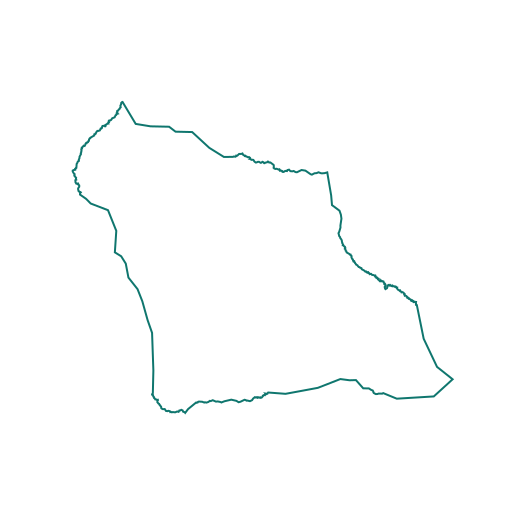 Batshireet, Hentiy, Mongolia, rotated 162°
{"feature_id": "93677404B78504825673469", "entity_name": "Batshireet", "entity_type": "district", "adm_level": 2, "iso_a3": "MNG", "parent_name": "Mongolia", "parent_adm1": "Hentiy", "projection": "albers", "projection_center": [109.766, 48.797], "detail": "fine", "context": "isolated", "style": "outline", "palette": "teal", "viewbox_px": 512, "rotation_deg": 162, "n_neighbors": 0, "source": "geoboundaries", "source_scale": "gbopen_adm2", "svg_char_len": 6150}
<svg xmlns="http://www.w3.org/2000/svg" viewBox="0 0 512 512"><g transform="rotate(162 256 256)"><path d="M371.8,128.7L367.9,131.4L358.4,135.1L358.3,134.8L356.7,134.7L356.2,135.2L355.3,135.2L352.2,134.0L350.5,132.6L349.8,132.7L348.5,131.9L346.4,131.9L344.7,132.5L343.9,132.0L341.7,132.2L339.1,129.9L337.3,129.5L334.7,128.0L334.2,127.4L330.9,127.6L323.9,127.0L319.4,124.3L317.7,122.3L315.8,122.2L311.3,122.8L310.2,122.1L309.8,121.4L308.9,121.2L306.6,119.8L304.3,120.1L302.8,121.3L300.7,122.1L299.9,121.4L299.5,121.6L298.6,121.4L298.6,120.9L298.3,120.6L297.4,120.9L296.9,120.4L295.8,120.3L295.8,119.8L295.6,119.7L294.4,119.6L292.8,120.5L292.7,121.0L291.7,121.3L290.6,120.9L290.2,121.6L289.8,121.3L288.4,121.5L288.6,121.8L288.0,121.5L286.6,122.4L270.5,115.8L254.7,113.7L237.9,111.5L213.8,112.9L205.4,108.9L199.3,107.1L194.9,97.0L189.6,95.2L187.7,92.9L186.6,92.1L186.3,90.9L186.5,90.0L186.3,89.3L184.8,87.7L183.1,87.2L182.1,87.3L178.5,86.1L177.4,86.3L166.2,76.8L130.3,67.5L107.1,78.0L118.1,94.6L122.1,125.5L118.2,159.6L118.8,160.0L118.6,160.3L118.8,160.7L118.4,161.6L118.4,162.3L118.1,162.8L119.9,163.3L119.7,163.7L120.2,163.8L120.3,164.3L120.7,164.3L120.7,164.7L121.2,164.7L122.0,165.2L121.6,166.0L122.4,166.2L122.5,167.1L123.6,167.7L123.8,167.9L123.6,168.2L123.6,168.6L124.8,169.3L124.5,169.7L125.1,170.3L124.9,170.5L125.4,171.5L126.3,172.3L126.8,172.3L126.8,173.1L126.4,173.7L126.9,174.0L126.7,174.6L127.1,175.6L127.7,176.2L128.7,176.4L128.6,177.0L129.5,177.6L129.6,178.7L130.2,178.6L130.5,179.3L131.4,180.1L131.9,181.5L131.7,181.9L132.0,181.9L132.2,182.5L132.1,183.0L132.5,183.1L132.5,183.7L133.2,184.2L133.6,183.9L135.2,185.4L135.8,185.1L136.1,185.4L135.9,185.8L136.6,185.8L137.1,186.6L137.4,186.5L137.5,186.8L138.0,186.5L138.8,187.1L138.8,187.5L139.2,187.5L140.5,186.9L140.4,186.2L141.4,184.9L143.1,184.5L143.3,185.1L143.0,185.5L143.3,186.1L143.1,186.9L142.6,187.1L142.2,188.0L141.5,188.2L141.8,188.2L141.7,188.8L141.9,189.7L142.6,189.8L142.4,190.7L142.8,191.4L142.6,192.3L143.4,193.0L144.0,193.0L144.5,193.8L144.6,193.3L145.9,193.6L146.6,195.2L146.4,196.2L147.2,196.3L147.1,196.9L147.6,197.3L147.3,197.9L147.8,198.4L148.4,198.4L148.5,200.2L149.1,199.9L149.4,200.9L150.2,201.6L151.4,202.1L152.0,203.4L153.5,203.6L153.5,204.6L154.3,205.4L154.3,206.0L154.6,206.1L154.7,205.3L155.8,206.2L156.2,207.4L156.9,207.4L157.7,208.9L159.5,210.7L159.5,211.9L160.6,212.6L160.9,213.4L161.7,213.8L162.3,215.2L162.4,215.8L163.5,217.0L163.5,217.6L164.0,218.6L163.9,219.2L164.3,219.7L164.2,220.7L165.0,220.8L165.1,222.2L164.9,222.8L165.5,223.6L165.6,225.6L165.1,226.3L165.6,227.4L165.6,228.1L166.4,228.4L166.5,229.0L168.7,231.4L168.6,232.6L169.1,233.3L168.9,234.5L169.1,235.1L168.8,235.6L169.2,235.7L168.6,237.3L169.6,238.7L169.6,239.5L170.0,239.6L169.7,240.1L170.0,241.7L169.8,242.0L169.9,242.7L169.6,244.4L169.8,245.7L170.3,246.8L170.2,248.0L170.7,249.1L170.5,251.7L170.5,252.2L169.4,253.3L166.9,256.9L166.3,258.9L163.2,265.1L162.5,269.1L162.6,273.3L168.0,280.9L165.8,290.4L162.4,313.5L165.1,313.6L167.7,314.2L168.7,314.7L170.7,316.3L172.8,316.1L174.8,316.6L177.7,316.1L178.8,316.9L182.6,321.9L186.1,323.7L191.2,323.0L192.5,323.6L193.9,325.2L195.3,325.3L197.1,326.1L197.9,327.9L199.6,328.0L200.3,327.2L201.9,327.9L203.7,327.4L204.6,327.7L205.0,328.2L204.8,328.7L205.6,329.4L206.9,329.6L207.0,330.0L206.7,330.8L207.0,331.3L207.8,331.2L209.4,332.6L210.7,332.8L211.6,333.6L211.6,333.9L212.0,334.4L211.2,336.1L211.1,337.2L213.4,340.5L214.6,340.8L215.1,341.9L215.6,342.2L216.5,341.7L218.4,341.9L219.1,341.6L219.6,341.8L220.0,342.9L220.8,343.6L222.0,343.1L222.8,343.2L224.1,344.7L225.3,345.0L226.5,344.8L227.4,345.0L228.3,346.3L228.8,348.2L229.5,348.6L230.7,348.9L231.3,349.9L231.8,350.2L231.3,350.4L231.3,350.8L231.7,350.9L231.6,351.5L232.1,351.9L232.1,352.2L233.5,352.6L234.2,353.6L235.0,354.0L235.1,354.6L235.8,354.6L235.9,355.1L236.9,356.0L237.2,357.7L238.4,357.6L240.5,358.3L242.8,357.2L243.8,357.6L244.1,357.0L245.1,356.8L246.2,357.5L247.2,357.4L255.9,360.1L267.0,373.3L278.4,393.6L294.1,399.1L298.7,405.8L316.2,411.9L329.6,418.8L335.5,444.5L335.8,443.4L336.8,443.3L337.6,441.7L338.4,441.1L338.7,440.2L338.7,439.3L339.8,438.7L340.2,438.1L341.2,437.8L342.0,437.0L343.1,436.9L343.4,436.6L343.4,435.6L344.2,435.1L343.6,434.1L344.7,434.1L345.4,433.3L346.0,433.3L347.6,431.6L350.2,431.4L351.7,430.2L352.9,429.9L353.7,430.3L354.4,429.9L354.6,429.6L354.5,428.6L355.4,428.3L355.5,427.6L356.3,427.9L357.0,427.5L359.0,427.1L359.3,426.8L358.9,426.2L359.1,425.9L359.5,425.9L360.2,426.8L361.8,427.1L362.6,426.2L362.8,425.5L363.6,425.0L364.3,425.3L365.7,423.7L367.7,423.7L368.2,424.0L369.4,423.3L370.5,422.1L370.8,422.1L371.0,421.7L372.2,421.7L372.6,420.6L376.8,419.7L377.2,419.2L377.8,419.3L378.8,418.4L379.3,417.2L379.8,417.2L380.6,416.2L381.5,416.3L382.1,415.7L382.6,416.0L383.4,415.5L383.7,414.8L385.0,413.6L385.8,414.2L387.6,413.0L388.0,413.0L388.2,412.1L388.7,412.2L389.0,411.4L389.4,411.0L389.4,409.9L390.0,409.3L390.2,408.6L391.0,407.8L390.9,407.1L393.1,405.0L393.8,403.4L394.7,402.5L395.0,401.2L396.3,400.9L397.0,399.9L398.1,399.0L399.6,395.4L400.1,395.4L400.3,394.9L401.1,394.8L401.3,393.9L402.9,394.1L403.9,393.9L404.2,393.0L403.7,390.6L403.2,389.9L404.0,388.5L403.4,387.5L403.4,386.8L402.9,386.0L403.5,384.8L403.4,384.1L404.4,383.9L404.9,381.8L404.5,380.3L403.8,380.3L403.4,379.5L402.8,379.7L402.7,378.6L402.3,377.8L402.7,376.5L403.9,375.6L404.5,374.8L404.7,372.6L404.3,372.2L403.9,370.7L403.1,370.9L403.0,370.6L403.8,370.4L404.4,368.8L399.9,362.8L397.0,357.0L382.6,345.3L381.1,323.1L389.1,303.1L384.3,297.4L382.2,289.0L384.0,274.9L378.9,261.1L378.1,248.1L378.9,228.5L378.6,215.0L389.0,178.8L396.5,157.4L397.6,156.6L397.7,156.2L396.9,155.6L397.1,154.0L396.6,153.3L396.8,152.3L396.3,151.8L396.1,150.7L395.3,150.5L394.7,149.6L393.8,149.6L393.8,149.2L394.5,148.7L395.0,147.5L394.3,145.7L393.8,145.3L393.7,144.0L393.3,143.6L393.2,142.7L392.8,142.1L393.1,140.5L392.9,140.1L392.0,139.2L390.1,138.6L389.5,136.5L388.2,135.8L387.3,135.9L386.0,135.1L385.8,134.1L385.2,134.2L384.3,133.3L383.4,133.3L381.2,132.3L379.0,132.5L377.8,131.7L376.6,132.8L375.9,132.5L374.6,132.8L373.5,131.8L373.4,130.4L372.0,129.4L371.8,128.7Z" fill="none" stroke="#0f766e" stroke-width="2"/></g></svg>